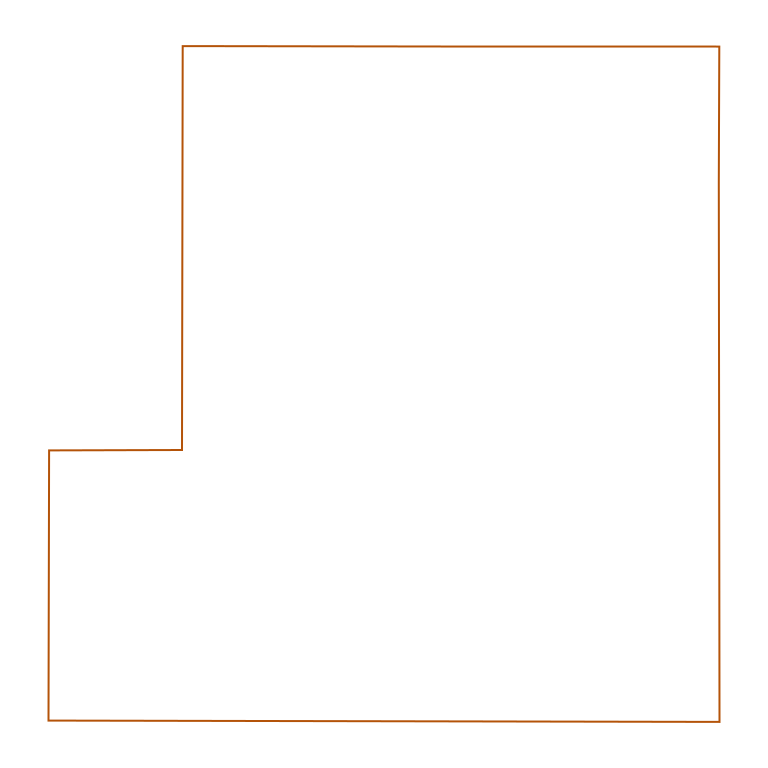 outline of Stafford, Kansas, United States of America
{"feature_id": "52423323B77202470404370", "entity_name": "Stafford", "entity_type": "district", "adm_level": 2, "iso_a3": "USA", "parent_name": "United States of America", "parent_adm1": "Kansas", "projection": "mercator", "projection_center": [-98.772, 38.043], "detail": "fine", "context": "isolated", "style": "outline", "palette": "amber", "viewbox_px": 768, "rotation_deg": 0, "n_neighbors": 0, "source": "geoboundaries", "source_scale": "gbopen_adm2", "svg_char_len": 251}
<svg xmlns="http://www.w3.org/2000/svg" viewBox="0 0 768 768"><path d="M59.9,720.6L719.5,721.9L718.8,183.1L719.3,46.6L710.2,46.5L440.9,46.5L182.7,46.1L182.0,450.0L49.1,450.4L48.5,720.6L59.9,720.6Z" fill="none" stroke="#b45309" stroke-width="2"/></svg>